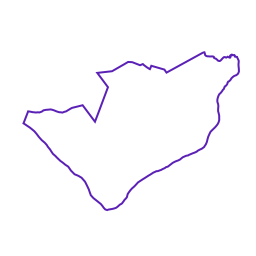 Au Tabor, Anse-la-Raye, Saint Lucia, rotated 186°
{"feature_id": "8701671B26894832040288", "entity_name": "Au Tabor", "entity_type": "district", "adm_level": 2, "iso_a3": "LCA", "parent_name": "Saint Lucia", "parent_adm1": "Anse-la-Raye", "projection": "robinson", "projection_center": [-61.042, 13.946], "detail": "fine", "context": "isolated", "style": "outline", "palette": "violet", "viewbox_px": 256, "rotation_deg": 186, "n_neighbors": 0, "source": "geoboundaries", "source_scale": "gbopen_adm2", "svg_char_len": 3487}
<svg xmlns="http://www.w3.org/2000/svg" viewBox="0 0 256 256"><g transform="rotate(186 128 128)"><path d="M164.3,179.6L152.2,166.5L158.5,142.1L161.5,130.8L175.5,145.9L185.9,142.1L188.1,140.5L191.4,138.0L193.1,137.4L194.0,136.9L194.8,136.5L195.4,136.5L196.7,136.6L197.7,136.5L198.2,136.5L200.5,137.0L201.1,137.1L201.9,137.4L203.7,137.9L205.8,138.3L206.3,138.3L206.9,138.4L209.7,137.8L210.9,137.6L211.4,137.5L211.8,137.4L213.0,137.0L214.0,136.7L214.9,135.7L215.9,135.1L216.6,134.7L216.9,134.6L217.8,134.2L219.3,134.2L221.1,133.8L224.6,133.8L226.6,134.0L228.4,134.1L229.1,134.1L229.5,132.4L232.4,121.7L232.1,121.6L228.4,119.6L225.7,118.2L222.9,116.4L220.7,114.9L218.3,112.6L217.0,111.2L215.4,109.5L212.4,106.8L209.3,104.7L206.9,102.5L205.9,101.1L203.6,98.8L203.3,98.6L202.2,97.1L199.9,94.4L197.3,92.6L195.3,90.9L191.8,88.2L188.7,86.4L186.5,84.9L183.9,83.6L183.3,83.2L180.3,79.7L176.3,76.4L172.5,75.3L169.0,73.7L165.1,70.1L162.8,66.5L160.6,62.9L158.9,59.2L158.5,58.5L158.0,57.3L155.1,54.7L151.5,52.4L151.0,52.1L147.0,49.5L145.0,47.5L143.8,46.1L142.2,44.7L140.2,44.2L138.7,44.9L135.7,45.7L135.4,45.8L134.2,46.2L134.0,46.3L132.7,46.8L131.2,47.6L129.7,49.1L128.1,50.9L126.6,51.9L125.9,52.6L125.5,53.4L124.3,55.4L124.0,56.1L122.8,57.6L121.9,59.0L121.4,62.3L120.5,64.0L119.2,66.2L117.8,68.2L115.5,70.7L113.7,73.1L112.4,74.9L108.4,78.2L105.2,80.7L103.0,82.5L100.7,84.2L98.6,85.9L98.3,86.2L96.5,87.2L95.3,88.0L93.9,88.2L91.7,89.3L90.6,89.8L89.3,90.8L88.7,91.1L87.2,92.0L86.0,93.1L84.4,93.7L82.2,95.8L79.9,98.0L77.8,99.4L76.2,100.3L75.0,100.8L73.1,102.0L71.6,103.5L70.5,104.6L67.4,106.4L65.2,107.1L64.4,107.8L64.1,107.9L63.9,108.0L61.2,109.5L58.6,110.8L56.9,111.9L56.4,112.6L54.2,114.1L52.6,115.0L50.8,116.6L50.3,117.1L49.6,118.6L48.9,119.8L48.4,121.4L48.1,122.5L48.0,123.1L47.8,124.8L47.3,127.7L46.3,130.8L45.5,132.9L43.8,135.0L41.7,137.5L40.4,139.3L39.3,141.1L38.5,143.1L38.3,144.4L38.1,145.3L38.3,147.2L38.6,149.7L38.6,149.9L39.6,152.8L40.1,154.0L40.3,155.5L40.4,157.6L40.4,159.1L40.7,160.4L40.9,161.3L41.5,162.5L41.9,163.6L42.1,165.7L41.8,167.8L41.4,169.4L40.8,171.1L39.8,172.2L39.0,173.3L37.9,175.2L37.7,175.8L36.8,176.8L36.6,177.7L36.2,178.7L36.2,179.3L35.0,180.3L34.1,181.6L33.8,182.5L33.8,183.1L33.6,183.6L33.2,184.6L32.5,184.9L31.8,185.7L31.2,186.4L30.6,187.6L30.3,188.3L29.6,189.1L29.2,189.6L28.0,190.7L27.0,191.3L25.9,191.8L25.4,192.3L24.6,193.0L23.9,194.4L23.6,195.9L24.0,198.7L24.5,201.0L24.8,203.0L24.8,205.5L25.0,206.6L25.5,207.5L26.4,208.9L27.0,210.1L27.7,210.1L28.4,210.2L28.7,210.1L29.0,210.1L29.2,210.3L29.3,210.6L29.3,211.1L29.4,211.3L30.0,211.7L31.0,211.4L31.3,211.4L31.9,211.7L32.2,211.8L32.5,211.8L32.7,211.5L32.6,211.0L32.7,210.8L33.1,210.8L33.5,211.1L33.9,210.7L34.1,210.1L34.0,209.7L33.7,209.3L33.6,208.9L33.9,208.6L34.3,208.6L34.7,208.7L35.2,208.9L35.5,209.0L36.3,209.3L36.5,209.1L37.2,208.6L37.5,208.5L37.7,208.3L38.3,208.4L38.5,208.5L39.0,208.7L39.6,208.5L40.1,208.4L40.8,207.7L41.0,207.4L42.1,206.0L42.3,205.6L43.0,204.8L43.2,204.6L43.8,204.2L44.6,204.2L45.3,204.3L46.3,205.0L46.7,205.4L47.1,205.6L48.0,206.2L49.5,206.5L50.0,207.2L50.0,207.6L50.4,207.9L51.3,208.0L51.6,208.0L54.2,207.7L54.7,207.7L56.9,207.6L58.1,208.0L58.8,208.5L59.2,209.5L59.4,210.2L59.6,210.6L59.9,211.3L60.1,211.3L61.6,210.6L95.5,187.1L97.9,189.9L111.3,192.3L112.0,189.9L112.4,188.8L112.7,188.9L115.3,190.2L118.7,192.2L119.8,193.1L120.0,193.1L120.5,192.8L122.6,191.7L130.6,193.9L134.8,193.7L139.4,190.3L139.7,190.1L149.8,182.8L164.3,179.6Z" fill="none" stroke="#5b21b6" stroke-width="2"/></g></svg>